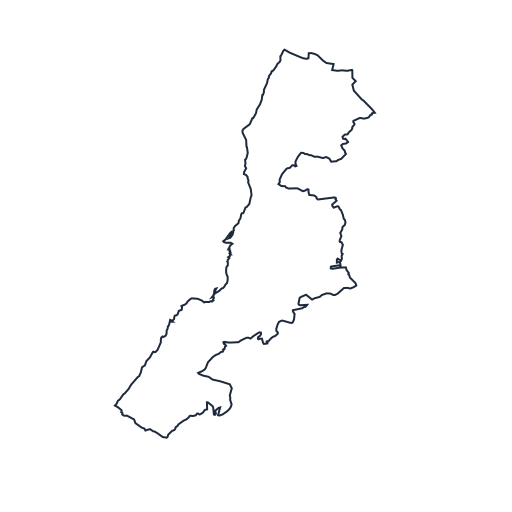 outline of Toliary-II, Atsimo-Andrefana, Madagascar, rotated 36°
{"feature_id": "10022922B75767771564463", "entity_name": "Toliary-II", "entity_type": "district", "adm_level": 2, "iso_a3": "MDG", "parent_name": "Madagascar", "parent_adm1": "Atsimo-Andrefana", "projection": "natural_earth1", "projection_center": [43.811, -23.281], "detail": "fine", "context": "isolated", "style": "outline", "palette": "slate", "viewbox_px": 512, "rotation_deg": 36, "n_neighbors": 0, "source": "geoboundaries", "source_scale": "gbopen_adm2", "svg_char_len": 6100}
<svg xmlns="http://www.w3.org/2000/svg" viewBox="0 0 512 512"><g transform="rotate(36 256 256)"><path d="M237.0,277.8L238.7,280.1L238.6,282.5L241.1,286.4L242.9,288.1L245.2,289.4L247.2,292.1L248.5,295.1L248.1,296.7L248.4,299.7L248.2,301.3L247.3,302.5L246.7,306.0L244.7,310.7L244.2,311.0L244.1,308.8L243.3,308.0L243.0,305.6L242.2,306.6L242.6,308.6L244.7,311.7L244.6,315.3L245.5,313.9L246.5,314.6L247.1,317.0L247.6,317.0L247.2,318.7L246.1,319.0L245.0,320.9L242.0,322.9L241.4,324.0L238.2,323.9L234.0,324.9L228.9,328.0L228.3,329.2L227.4,333.0L227.6,335.1L227.1,337.0L224.6,340.9L225.1,340.6L226.4,341.0L227.5,343.3L225.8,345.7L226.9,349.5L226.4,350.9L225.5,351.7L225.4,352.5L226.8,355.3L226.3,358.3L227.0,358.3L226.0,359.0L225.7,357.8L224.1,358.1L225.8,362.0L226.4,364.0L226.1,364.6L227.3,367.0L227.5,368.7L229.4,371.7L229.7,373.5L229.3,374.9L228.3,376.3L227.8,376.1L227.3,377.5L228.0,379.3L229.8,381.9L231.5,389.7L231.2,392.6L230.3,393.6L229.2,393.7L229.0,394.3L229.8,400.5L229.1,405.3L230.4,409.8L229.2,413.0L231.3,418.0L232.1,421.8L231.5,423.4L230.6,433.7L231.1,438.1L230.6,444.2L230.0,445.9L230.1,451.9L229.4,454.5L230.1,457.6L229.8,459.9L233.3,459.5L237.7,459.8L238.4,460.2L238.8,461.6L240.3,461.6L241.0,462.9L243.3,462.7L245.5,461.0L253.4,459.9L256.8,462.1L264.6,462.0L267.2,461.2L269.1,462.2L271.5,458.9L272.5,458.3L275.7,458.3L277.2,457.6L280.6,457.3L286.9,457.3L290.5,455.5L290.8,454.7L290.0,452.0L290.9,446.9L292.2,444.8L292.3,443.3L291.6,441.8L292.4,439.7L292.2,437.9L294.2,431.8L295.8,428.9L296.5,425.7L296.3,424.6L296.7,423.9L299.1,422.5L300.9,420.3L301.0,418.1L301.5,417.6L303.5,417.4L304.0,416.6L305.1,414.0L305.1,410.6L306.6,408.8L302.3,403.2L303.0,402.7L309.3,403.0L311.0,404.3L315.1,409.0L316.1,408.7L316.3,407.2L314.0,405.2L314.9,401.2L316.0,399.6L318.9,407.1L320.2,406.6L322.1,403.8L324.0,398.4L324.5,394.8L324.2,392.3L323.4,390.3L319.6,387.6L318.8,386.1L316.7,384.1L314.2,377.3L310.2,375.2L300.4,378.5L293.5,381.5L288.7,381.6L283.4,383.9L279.0,384.9L277.9,384.6L280.1,380.9L281.2,377.9L281.2,376.3L279.6,370.2L280.5,362.9L281.6,359.9L283.4,356.9L284.1,354.2L285.4,352.9L285.0,351.0L284.4,350.9L285.1,349.5L284.2,347.7L284.6,346.3L281.9,345.3L281.9,345.9L281.5,345.9L280.8,344.9L279.7,345.3L281.3,343.8L284.1,342.5L286.8,340.6L292.5,336.0L293.5,333.0L296.3,327.9L297.6,326.7L300.1,326.0L301.0,322.3L303.2,316.5L303.9,315.6L305.0,315.1L306.0,316.3L306.2,318.0L305.4,320.6L306.3,321.9L307.2,321.8L308.0,320.4L309.4,319.4L312.5,321.9L314.1,322.5L316.6,320.1L316.4,319.5L314.9,319.0L315.0,318.6L316.2,317.6L316.6,313.5L317.3,311.3L318.5,309.5L319.3,306.1L318.6,305.0L316.5,304.6L315.3,303.1L313.9,299.2L313.3,295.8L314.7,293.3L315.6,292.6L323.0,289.9L324.5,288.9L324.7,287.9L324.0,284.9L321.3,280.2L318.6,279.2L317.7,278.2L324.1,271.1L325.0,268.7L325.7,268.3L326.1,266.2L326.1,265.4L320.8,269.8L319.3,270.2L318.4,269.7L315.9,264.2L316.6,262.4L319.3,257.9L327.0,258.3L328.2,255.8L331.6,251.6L332.2,248.9L335.0,244.8L338.2,242.7L341.5,242.1L342.8,241.1L344.2,238.5L345.9,230.3L348.8,228.0L351.4,226.9L353.4,223.7L354.5,220.9L352.5,219.5L344.6,218.2L342.6,216.6L341.4,216.5L341.2,215.3L337.5,214.1L335.4,212.4L330.6,216.2L325.4,221.4L323.8,222.1L322.9,220.8L323.0,220.3L328.5,214.9L330.3,214.3L327.8,211.8L326.6,212.2L325.3,213.8L323.5,211.3L323.6,210.1L327.5,209.9L327.2,207.8L325.3,205.8L324.9,203.5L324.2,203.7L323.1,202.9L321.6,201.0L319.7,195.9L317.1,194.6L315.8,195.3L315.2,195.1L314.4,193.9L313.4,189.7L310.6,187.8L310.2,183.9L308.9,181.5L309.6,178.8L308.7,176.3L306.6,174.5L305.1,174.3L301.9,171.5L297.7,168.9L296.4,168.9L293.7,167.5L292.6,167.9L290.5,171.2L288.5,170.7L287.4,169.6L288.7,163.9L286.8,163.2L286.8,162.5L286.3,162.1L285.0,162.5L273.0,173.8L271.2,173.8L270.1,172.8L267.6,172.8L263.2,175.3L261.0,173.5L259.4,171.4L258.8,171.5L258.2,171.9L257.3,174.2L255.9,176.0L249.7,176.9L242.8,182.2L240.1,182.9L238.6,182.4L235.4,184.5L231.9,184.6L231.9,182.4L230.2,180.3L229.0,174.7L229.4,167.6L230.0,166.4L231.5,164.9L232.1,161.2L233.6,160.2L235.0,160.5L235.8,159.4L233.5,157.9L232.4,156.3L231.6,151.3L231.8,146.0L233.7,144.8L235.9,144.6L237.5,143.5L240.0,143.0L241.5,142.0L244.9,141.4L247.3,139.5L252.6,137.4L254.6,134.7L258.1,134.1L261.4,135.5L265.4,132.0L266.0,130.0L267.8,127.4L268.8,120.5L267.0,119.8L266.2,118.8L262.5,118.0L259.9,116.4L260.5,114.2L262.7,112.1L263.5,109.7L259.4,108.5L258.7,109.5L257.4,109.9L255.9,108.7L256.5,105.6L258.6,103.7L258.4,101.4L259.2,97.8L258.9,96.2L258.1,95.1L258.4,91.9L257.9,91.1L255.9,90.4L255.4,89.4L258.9,83.2L262.6,81.4L264.8,79.0L265.8,77.2L265.6,75.0L266.6,73.5L266.0,72.9L266.0,72.2L267.9,70.3L263.7,69.1L251.6,67.1L249.6,67.2L237.9,64.7L233.2,60.7L233.9,55.9L229.3,55.2L224.7,49.1L224.2,49.1L220.9,52.6L216.5,55.2L212.9,58.4L208.3,60.8L206.0,55.1L199.5,58.5L195.1,58.5L187.9,57.4L184.9,58.0L181.7,59.2L179.5,60.9L182.2,65.3L180.8,66.9L177.7,68.4L171.9,69.8L163.6,71.7L157.8,72.3L157.5,73.8L158.5,79.4L158.3,80.1L160.7,83.2L161.1,84.7L160.4,88.4L160.9,90.3L161.0,95.1L160.6,96.9L160.1,97.3L160.8,99.5L160.7,102.7L161.7,104.5L161.6,105.9L163.3,109.7L164.7,116.8L166.3,119.2L166.9,121.6L166.5,122.0L168.8,126.2L170.1,131.1L170.5,137.1L172.0,140.3L172.7,145.5L172.6,146.3L172.1,146.6L173.5,153.1L171.2,160.5L171.4,162.7L172.9,164.3L179.8,167.9L184.0,173.1L184.7,173.3L188.7,177.4L190.6,182.0L190.9,183.4L190.6,184.5L193.3,187.6L194.1,189.7L196.5,190.8L197.0,194.9L198.0,196.8L200.5,196.3L202.8,197.0L203.6,198.1L205.4,199.2L206.4,201.1L212.3,204.8L216.8,209.6L217.2,211.5L220.0,217.8L219.7,221.7L219.0,222.9L220.4,228.2L220.4,228.9L219.4,229.8L219.6,231.1L221.3,234.7L221.4,237.5L222.5,239.8L221.5,243.8L221.5,246.2L222.1,247.5L223.0,248.2L223.2,250.9L223.8,250.7L224.5,252.4L224.5,256.3L223.8,257.3L223.9,256.2L223.6,255.5L223.1,255.6L223.4,255.1L222.6,252.8L222.4,249.6L221.6,252.4L221.6,260.8L220.8,263.3L222.1,263.6L224.2,262.8L227.6,260.2L229.7,260.0L229.0,262.3L229.7,266.9L230.7,266.1L231.2,267.0L231.7,266.9L231.8,267.6L232.8,267.8L232.8,269.0L233.7,268.7L233.8,269.6L234.8,269.7L234.2,270.4L234.9,271.5L234.2,273.3L235.6,273.4L235.5,276.0L236.1,276.7L236.0,277.3L237.0,277.8Z" fill="none" stroke="#1e293b" stroke-width="2"/></g></svg>